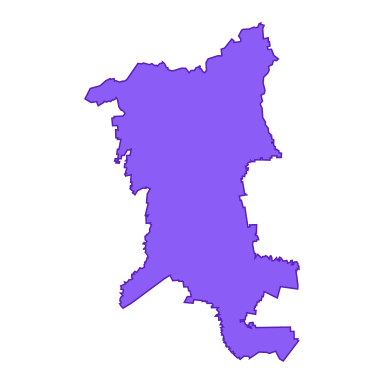 Soteapan, Veracruz, Mexico
{"feature_id": "50627088B11342287528543", "entity_name": "Soteapan", "entity_type": "district", "adm_level": 2, "iso_a3": "MEX", "parent_name": "Mexico", "parent_adm1": "Veracruz", "projection": "mercator", "projection_center": [-94.904, 18.229], "detail": "fine", "context": "isolated", "style": "filled", "palette": "violet", "viewbox_px": 384, "rotation_deg": 0, "n_neighbors": 0, "source": "geoboundaries", "source_scale": "gbopen_adm2", "svg_char_len": 6033}
<svg xmlns="http://www.w3.org/2000/svg" viewBox="0 0 384 384"><path d="M240.2,359.4L243.8,356.2L247.9,356.2L249.9,357.6L249.7,358.3L259.1,352.0L267.1,352.4L269.4,353.4L275.7,351.2L279.6,358.9L283.2,361.0L298.6,340.7L297.2,339.4L297.6,338.9L294.1,338.9L294.0,331.4L290.5,331.4L290.4,327.1L255.8,327.6L255.3,325.5L253.1,325.4L253.5,324.9L252.5,324.1L253.4,323.1L252.9,322.3L249.3,322.9L249.1,324.7L248.3,325.0L248.9,326.7L250.7,326.8L251.2,328.2L247.5,326.9L246.6,324.9L245.4,324.4L244.2,320.9L240.4,321.9L240.4,319.9L245.2,319.7L245.7,315.9L246.7,315.7L246.7,312.7L255.6,314.4L256.0,310.4L254.3,310.3L254.6,306.8L255.4,307.1L255.8,305.2L256.6,305.3L257.3,302.0L259.1,301.9L259.4,300.3L261.3,300.5L262.0,296.5L263.3,296.7L264.2,291.5L277.3,298.0L280.4,286.6L297.7,289.0L297.9,285.2L295.9,270.3L296.9,270.6L297.5,268.4L299.0,269.2L298.8,266.0L298.0,265.6L297.9,263.5L296.7,261.8L294.3,262.0L293.7,264.1L292.6,264.9L291.4,264.6L292.7,262.4L292.1,260.3L290.7,260.8L290.7,261.9L287.7,263.2L286.9,260.5L283.3,261.2L280.9,257.8L279.6,257.2L278.7,259.0L280.0,259.9L279.5,261.0L277.3,259.9L276.6,257.7L273.7,260.8L272.0,260.8L271.8,257.5L270.9,255.8L270.0,256.2L269.9,258.8L269.2,259.3L267.9,257.0L265.6,255.6L264.8,256.6L262.9,256.5L261.3,257.7L257.7,254.3L255.1,257.8L255.6,253.5L254.2,253.2L252.6,244.4L253.0,241.4L256.4,241.3L257.2,239.6L258.6,239.6L257.9,236.9L256.6,235.1L255.4,235.4L255.4,233.4L256.4,233.2L256.6,224.7L249.6,224.9L250.0,226.8L247.9,227.3L244.9,207.2L243.2,207.5L241.3,200.3L240.2,200.5L239.4,196.0L246.6,194.8L244.5,193.1L242.6,181.7L241.5,182.1L240.8,178.7L242.1,178.4L242.3,179.7L242.4,176.1L244.6,176.6L245.1,173.6L246.5,173.5L246.3,170.2L247.9,170.3L248.3,167.9L245.8,168.1L245.5,166.3L246.3,166.4L248.2,164.7L247.4,164.1L248.1,162.7L251.5,161.7L251.3,161.0L252.0,161.6L254.8,161.6L254.8,159.8L260.4,159.9L260.5,158.0L262.1,157.8L262.1,159.9L270.0,160.1L270.0,157.9L271.8,157.9L271.8,155.8L276.8,155.9L276.7,157.5L281.2,157.5L281.5,153.2L279.0,152.8L278.8,150.6L276.9,150.0L276.9,149.4L275.2,149.5L275.3,146.7L273.7,145.6L273.7,143.1L271.8,143.2L271.8,142.1L273.7,141.9L273.7,139.8L271.7,138.8L271.7,136.0L270.7,136.0L271.0,134.7L268.7,132.9L268.1,128.2L265.3,124.7L265.4,122.0L262.7,117.5L262.1,108.4L260.4,104.7L260.4,103.4L262.5,101.2L261.0,95.3L264.3,93.5L265.0,90.3L263.1,83.1L263.6,77.2L267.5,73.4L269.1,70.4L268.7,66.3L272.4,64.5L273.1,61.1L274.0,60.4L276.7,60.6L278.4,59.0L273.8,55.4L271.5,49.3L268.0,49.5L267.3,46.8L270.0,46.0L269.4,41.6L268.3,41.8L268.2,37.8L263.4,38.8L262.7,28.8L264.1,25.3L260.6,24.3L260.8,23.0L259.0,23.9L257.9,27.2L255.5,27.7L254.0,27.1L249.4,29.0L243.0,29.4L241.6,30.3L238.6,36.0L240.7,39.0L241.0,40.8L239.8,41.8L233.9,42.4L233.8,40.6L231.8,39.0L224.6,48.1L221.2,49.2L221.8,55.9L217.8,55.8L208.1,58.9L206.0,62.7L206.5,70.4L204.7,72.7L202.6,71.5L201.5,69.0L200.0,68.8L200.2,66.2L199.5,66.0L198.4,67.1L196.1,67.7L194.5,70.4L191.1,70.5L189.1,72.8L185.7,68.3L181.5,68.2L172.5,71.0L169.1,70.1L167.9,69.1L167.9,67.9L166.5,67.6L164.4,63.5L162.4,61.9L162.3,63.0L159.8,63.6L157.3,66.1L156.3,65.3L154.6,65.6L151.9,63.6L149.4,64.7L143.5,63.0L141.6,63.9L138.0,63.4L126.8,79.7L123.9,81.4L122.9,81.0L119.7,82.2L115.9,80.7L114.6,81.1L114.1,78.6L110.8,79.3L110.2,78.6L105.8,80.7L100.1,85.8L90.2,88.5L85.0,98.9L91.3,102.5L96.5,101.6L98.2,105.8L103.7,102.5L104.2,101.2L106.4,102.1L108.9,101.0L110.7,101.6L112.4,99.8L113.4,100.1L115.7,98.7L116.1,97.6L117.4,99.2L119.0,107.2L121.1,110.2L122.0,109.9L125.2,113.2L123.1,116.1L114.1,116.5L114.3,117.8L111.9,118.1L112.6,125.7L117.5,125.6L118.1,130.2L115.6,129.7L115.9,137.9L117.9,137.8L117.5,139.4L120.9,139.3L118.9,149.3L117.4,149.3L116.8,154.3L118.4,154.5L117.8,158.8L115.2,158.7L114.6,161.1L116.3,161.2L115.9,162.9L119.2,163.2L119.6,161.6L117.5,161.3L118.7,158.8L121.2,158.8L121.7,155.4L124.2,155.4L127.4,149.9L129.7,150.0L131.2,149.1L130.1,155.3L126.8,155.4L126.7,158.8L127.2,159.2L125.6,160.7L127.1,160.9L125.8,163.9L124.8,163.8L124.4,167.6L126.4,167.5L126.7,168.7L125.5,172.3L126.4,173.5L124.7,173.9L125.6,176.0L131.2,174.8L130.6,182.3L131.8,182.1L131.8,185.4L130.4,185.7L130.3,186.8L131.5,186.9L130.0,188.8L133.7,191.5L132.5,192.7L135.0,194.8L137.5,190.7L143.0,188.0L146.0,188.3L146.2,187.1L150.2,188.7L147.3,193.9L146.5,202.9L148.0,203.0L147.9,204.7L145.3,215.4L148.4,215.0L147.5,216.5L146.0,216.7L146.2,223.3L150.3,223.0L149.9,223.6L151.4,225.0L149.6,229.2L149.7,231.9L147.5,234.5L146.5,234.5L146.3,235.7L145.0,236.3L145.2,239.9L146.6,240.7L146.7,241.8L146.0,242.6L144.1,242.5L143.1,243.8L145.5,244.4L145.9,245.2L145.3,247.5L143.1,249.4L145.5,248.8L145.9,250.9L145.2,252.1L147.6,255.3L148.2,257.8L147.0,258.0L146.0,261.6L144.7,262.2L145.1,263.6L144.2,264.5L144.4,267.2L141.6,268.6L139.9,267.8L136.8,272.4L135.0,271.3L133.5,272.9L134.3,274.1L131.8,274.3L131.6,277.3L132.6,278.4L132.2,279.3L128.7,280.0L127.9,281.7L126.5,282.6L124.6,282.0L125.3,283.9L120.6,286.0L121.4,287.6L120.9,289.2L123.4,289.7L122.9,293.0L120.5,293.1L122.9,295.8L120.9,297.1L120.3,298.5L119.9,300.9L121.2,302.1L120.8,303.4L119.7,303.7L120.8,305.7L123.1,308.2L131.6,303.0L163.8,279.1L170.0,275.2L172.7,280.7L178.6,280.2L178.8,281.3L183.1,281.4L183.8,286.9L188.0,286.9L188.6,290.8L190.0,290.9L191.3,296.6L187.3,296.6L184.3,302.4L193.1,303.2L193.8,299.7L202.3,300.6L202.3,301.5L205.1,300.9L205.3,301.8L207.0,301.4L207.0,303.4L211.7,303.3L212.5,304.1L213.0,305.8L211.4,306.2L211.5,307.7L218.3,307.6L216.6,309.7L219.2,312.2L218.2,313.9L219.2,314.5L216.5,314.8L215.4,316.2L218.6,316.2L218.8,320.2L220.5,320.1L220.6,318.7L222.0,320.6L220.1,324.8L222.3,324.9L222.1,326.2L223.2,327.1L220.8,327.6L221.4,328.2L221.2,331.0L221.7,329.9L222.5,330.5L221.1,332.6L222.0,333.6L221.6,335.0L223.1,335.1L223.7,336.9L223.2,338.2L224.2,339.0L223.1,340.0L224.6,341.3L223.8,342.4L225.1,343.1L225.1,342.6L225.9,342.7L226.0,346.1L226.7,346.1L226.8,346.9L228.8,346.8L229.0,347.9L230.2,348.2L228.9,349.4L230.2,350.2L230.7,351.6L231.6,352.3L233.1,351.4L233.7,353.0L233.0,353.5L234.6,353.7L233.9,354.6L237.4,357.9L239.4,357.4L239.2,358.6L240.2,359.4Z" fill="#8b5cf6" stroke="#5b21b6" stroke-width="1.5"/></svg>